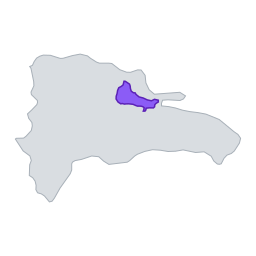 Duarte on a map of Dominican Republic (Albers equal-area conic projection)
{"feature_id": "DOM-1979", "entity_name": "Duarte", "entity_type": "Province", "adm_level": 1, "iso_a3": "DOM", "parent_name": "Dominican Republic", "parent_adm1": "", "projection": "albers", "projection_center": [-70.055, 19.269], "detail": "fine", "context": "in_parent", "style": "filled", "palette": "violet", "viewbox_px": 256, "rotation_deg": 0, "n_neighbors": 0, "source": "natural_earth", "source_scale": "10m", "svg_char_len": 2092}
<svg xmlns="http://www.w3.org/2000/svg" viewBox="0 0 256 256"><path d="M29.3,175.5L29.7,164.8L31.3,160.5L29.9,155.9L23.1,150.9L19.0,144.6L15.4,139.1L16.2,138.3L23.6,138.1L26.2,136.1L31.3,130.5L32.3,125.9L31.9,122.5L28.7,118.3L27.5,113.9L31.5,110.2L36.8,104.7L37.5,102.6L37.4,100.5L31.4,94.6L31.0,92.1L33.9,85.8L33.7,81.6L31.0,68.4L29.7,66.5L32.4,65.4L34.2,61.5L36.6,58.1L39.8,56.2L43.3,55.1L50.4,55.3L60.2,58.4L63.0,58.3L72.4,55.6L80.2,54.1L87.5,55.9L90.5,58.3L96.5,62.1L99.6,63.2L109.1,63.2L111.8,63.5L119.8,69.7L126.6,72.2L130.5,72.3L137.6,69.9L141.1,70.0L145.1,75.3L145.9,82.9L149.2,89.8L154.4,94.2L179.8,92.3L185.5,95.9L183.5,98.9L180.0,100.5L167.9,99.8L162.6,100.2L161.5,103.2L161.5,105.9L168.6,106.6L175.5,108.0L182.6,110.2L189.8,111.6L197.9,112.6L205.9,114.1L219.2,119.5L234.0,131.7L238.0,134.5L240.6,138.3L239.4,143.1L234.3,151.0L231.3,153.5L227.0,155.1L224.0,158.3L221.2,163.8L219.4,164.3L217.3,164.0L213.8,161.0L211.2,156.2L204.1,151.8L195.6,152.5L183.1,149.9L175.6,151.2L168.1,151.5L160.3,150.2L152.6,149.7L144.8,151.4L137.3,154.3L134.6,156.1L129.7,160.6L127.2,162.2L108.9,164.4L103.6,161.1L98.7,156.7L91.7,156.0L81.5,159.4L75.1,160.6L72.5,162.1L71.7,163.8L71.7,170.0L70.2,173.8L60.1,188.0L54.4,198.1L52.1,201.2L49.4,201.9L44.5,196.0L41.4,193.9L37.6,192.8L35.9,189.7L36.1,185.3L35.1,181.1L32.7,177.7L29.3,175.5Z" fill="#d9dde1" stroke="#a8b0b8" stroke-width="1"/><path d="M124.6,81.2L125.3,81.3L127.4,82.7L129.5,84.1L130.2,86.1L130.4,88.4L131.2,91.1L133.3,92.7L135.2,92.9L136.0,94.4L139.0,96.9L143.2,98.0L147.3,99.9L151.5,100.8L154.5,99.3L158.3,100.2L158.3,102.0L156.6,103.0L155.7,103.7L154.8,104.7L154.6,106.8L153.4,107.9L149.4,107.8L146.1,108.2L146.0,108.9L145.9,109.9L145.0,111.1L143.3,111.1L143.9,109.3L144.1,107.6L142.8,106.7L141.3,106.2L139.3,106.1L137.4,106.1L136.0,105.6L134.6,105.0L133.0,104.3L131.2,104.1L128.6,103.8L125.8,103.9L124.6,104.1L123.3,103.8L122.1,103.5L121.0,103.9L121.2,104.1L118.1,102.1L116.1,99.0L116.2,96.2L117.1,93.5L117.6,90.4L118.8,87.7L121.3,86.4L123.1,84.9L123.6,82.9L124.0,81.2L124.6,81.2Z" fill="#8b5cf6" stroke="#5b21b6" stroke-width="1.5"/></svg>